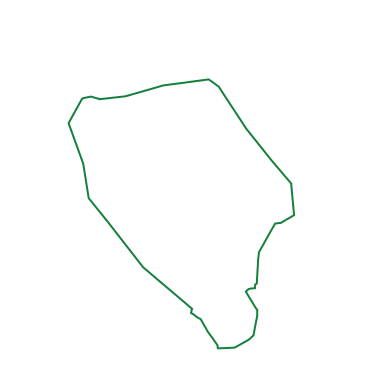 Santa María Camotlán, Oaxaca, Mexico, rotated 224°
{"feature_id": "50627088B71513516821399", "entity_name": "Santa María Camotlán", "entity_type": "district", "adm_level": 2, "iso_a3": "MEX", "parent_name": "Mexico", "parent_adm1": "Oaxaca", "projection": "mercator", "projection_center": [-97.677, 17.867], "detail": "fine", "context": "isolated", "style": "outline", "palette": "green", "viewbox_px": 384, "rotation_deg": 224, "n_neighbors": 0, "source": "geoboundaries", "source_scale": "gbopen_adm2", "svg_char_len": 997}
<svg xmlns="http://www.w3.org/2000/svg" viewBox="0 0 384 384"><g transform="rotate(224 192 192)"><path d="M262.0,115.8L230.9,111.9L174.9,103.9L156.0,105.1L132.0,106.7L123.5,107.2L119.8,107.5L117.3,107.6L110.7,108.0L110.1,106.4L109.1,105.3L109.0,104.7L108.7,104.4L108.4,104.3L108.0,104.4L104.9,105.3L104.3,105.2L103.6,105.2L102.1,105.4L99.8,105.8L97.6,106.6L83.6,102.5L80.4,101.9L75.0,101.0L67.0,99.4L65.3,97.7L64.9,97.6L62.6,99.7L53.2,109.7L48.5,125.4L48.2,131.6L49.0,132.8L54.1,140.5L58.9,148.0L60.5,149.7L63.0,152.4L66.5,153.1L84.0,157.7L84.0,160.1L83.7,161.8L82.6,163.5L79.9,166.5L82.3,169.4L82.0,169.9L82.0,170.6L81.9,171.3L84.2,173.9L97.5,189.4L102.0,195.2L105.7,209.3L110.3,227.0L106.6,231.6L105.1,237.0L102.5,246.3L103.6,247.2L126.6,267.0L155.9,269.9L196.8,275.2L236.7,284.2L245.9,286.4L258.2,284.6L286.7,248.7L306.3,214.7L311.9,207.9L322.9,194.6L323.0,194.7L331.0,190.4L335.4,184.0L335.8,182.5L328.6,155.8L289.9,136.8L262.0,115.8Z" fill="none" stroke="#15803d" stroke-width="2"/></g></svg>